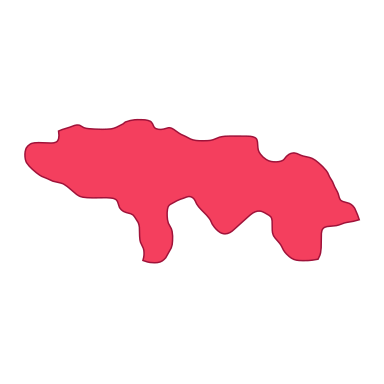 El Pino, Dajabón, Dominican Republic (Natural Earth projection), rotated 271°
{"feature_id": "3306468B80571164490310", "entity_name": "El Pino", "entity_type": "district", "adm_level": 2, "iso_a3": "DOM", "parent_name": "Dominican Republic", "parent_adm1": "Dajabón", "projection": "natural_earth1", "projection_center": [-71.49, 19.399], "detail": "fine", "context": "isolated", "style": "filled", "palette": "rose", "viewbox_px": 384, "rotation_deg": 271, "n_neighbors": 0, "source": "geoboundaries", "source_scale": "gbopen_adm2", "svg_char_len": 3470}
<svg xmlns="http://www.w3.org/2000/svg" viewBox="0 0 384 384"><g transform="rotate(271 192 192)"><path d="M260.8,124.1L258.9,121.9L255.5,115.5L254.4,112.8L253.7,110.1L253.3,105.7L253.1,101.2L253.2,93.6L253.5,87.8L253.8,85.2L254.4,82.8L256.6,78.8L256.9,77.9L257.0,75.8L256.5,73.4L254.6,68.5L252.2,61.2L250.6,57.5L246.3,58.0L243.0,57.7L241.1,56.9L240.2,56.2L239.5,55.2L238.7,52.8L238.5,50.3L238.7,37.8L238.4,33.6L237.8,30.9L237.3,29.8L236.6,28.8L235.1,27.0L233.2,25.6L232.0,25.1L229.5,24.5L227.0,24.3L224.4,24.4L221.8,24.8L219.3,25.6L218.1,26.3L215.0,28.8L212.1,31.8L208.5,36.1L206.2,39.4L205.0,41.5L203.2,46.2L200.4,52.7L198.8,60.1L198.1,62.6L197.5,63.8L195.3,67.2L187.6,76.6L186.2,78.9L185.6,80.2L184.9,82.9L184.5,87.2L184.4,93.1L184.8,106.4L184.6,110.6L184.3,113.2L183.9,114.4L183.4,115.5L182.8,116.5L181.1,117.7L175.4,119.7L174.5,120.3L172.9,121.7L171.6,123.5L171.1,124.5L170.3,126.7L169.2,131.1L168.2,133.1L167.5,133.9L165.9,135.2L160.6,138.7L158.4,139.5L155.9,140.0L146.9,140.4L143.1,140.8L140.8,141.4L134.9,144.3L132.7,144.9L130.3,145.1L128.0,145.1L125.7,144.8L122.7,144.1L121.3,148.6L120.8,151.3L120.6,155.7L120.8,158.6L121.5,161.4L122.6,163.5L124.1,165.3L125.8,166.9L135.7,172.2L139.1,173.1L142.8,173.4L147.6,173.4L152.3,172.8L154.6,172.1L155.6,171.6L160.4,168.9L163.8,168.0L167.4,167.6L170.9,167.5L174.4,167.8L176.5,168.3L177.5,168.8L178.4,169.5L179.1,170.3L183.0,177.1L184.5,180.4L185.7,183.8L186.9,186.7L187.4,188.7L187.4,189.8L187.2,190.9L186.8,191.9L186.3,192.8L184.9,194.3L183.1,195.4L180.2,196.8L177.3,198.9L174.5,201.5L169.1,207.0L166.3,209.4L164.4,210.8L160.2,212.8L157.2,215.0L155.3,216.7L153.6,218.6L152.1,220.7L151.5,221.9L151.1,223.1L150.8,224.4L150.7,225.7L151.1,228.2L152.1,230.6L153.5,232.7L155.2,234.6L167.8,248.1L170.4,251.0L172.0,253.1L173.2,255.3L174.0,257.8L174.1,260.3L173.9,261.6L173.5,262.8L172.6,264.8L170.0,269.5L168.6,271.2L167.6,271.8L166.6,272.2L164.5,272.6L155.2,272.9L152.8,273.2L150.6,273.9L149.5,274.4L147.4,275.9L142.7,280.1L140.8,281.6L138.7,282.8L135.6,284.4L133.6,285.8L131.7,287.5L129.1,290.4L127.6,292.5L126.4,294.9L125.7,297.5L125.4,300.1L125.3,304.2L125.5,309.7L126.0,313.8L127.0,319.2L130.8,320.9L133.3,321.6L138.5,322.1L152.9,322.1L155.3,322.5L156.4,322.8L157.4,323.4L158.3,324.2L159.0,325.2L159.8,327.6L160.9,336.9L161.6,339.4L163.7,344.9L164.3,347.4L165.5,353.8L167.2,359.7L172.1,357.9L178.1,355.2L179.1,354.6L180.9,353.1L182.3,351.4L183.4,349.4L185.2,342.8L186.2,341.0L187.0,340.3L188.8,339.4L192.8,338.2L194.8,337.3L199.6,334.6L204.8,332.3L209.5,329.3L213.7,327.3L215.8,325.8L219.7,322.2L223.3,318.1L225.8,314.9L227.2,312.5L227.8,311.3L228.6,308.8L229.9,302.5L230.6,300.3L232.3,296.2L232.8,293.8L232.8,292.6L232.3,290.2L231.3,288.2L229.3,285.8L226.2,283.4L225.5,282.7L224.5,280.7L223.9,278.3L223.6,275.8L223.6,273.2L223.9,270.6L224.6,268.0L225.8,265.6L228.2,262.4L231.0,259.8L233.1,258.4L235.3,257.5L237.6,257.1L243.1,256.6L245.1,256.1L246.0,255.7L246.8,255.0L247.5,254.0L248.3,251.8L248.7,249.3L248.8,245.3L248.6,229.6L248.3,223.9L247.9,221.2L247.3,218.6L244.6,212.1L243.9,209.4L243.6,206.5L243.4,202.2L243.4,197.9L243.6,195.0L244.1,192.2L244.9,189.7L247.5,184.5L249.5,179.9L250.8,177.7L254.3,172.6L255.4,170.5L255.7,169.4L255.9,168.2L255.8,167.2L254.4,162.4L254.0,159.8L254.1,157.3L254.7,154.9L255.3,153.9L256.1,153.1L256.9,152.6L259.6,151.3L261.3,150.0L262.0,149.1L262.8,146.7L263.3,143.9L263.4,141.0L263.4,136.4L263.2,133.4L262.4,129.0L260.8,124.1Z" fill="#f43f5e" stroke="#9f1239" stroke-width="1.5"/></g></svg>